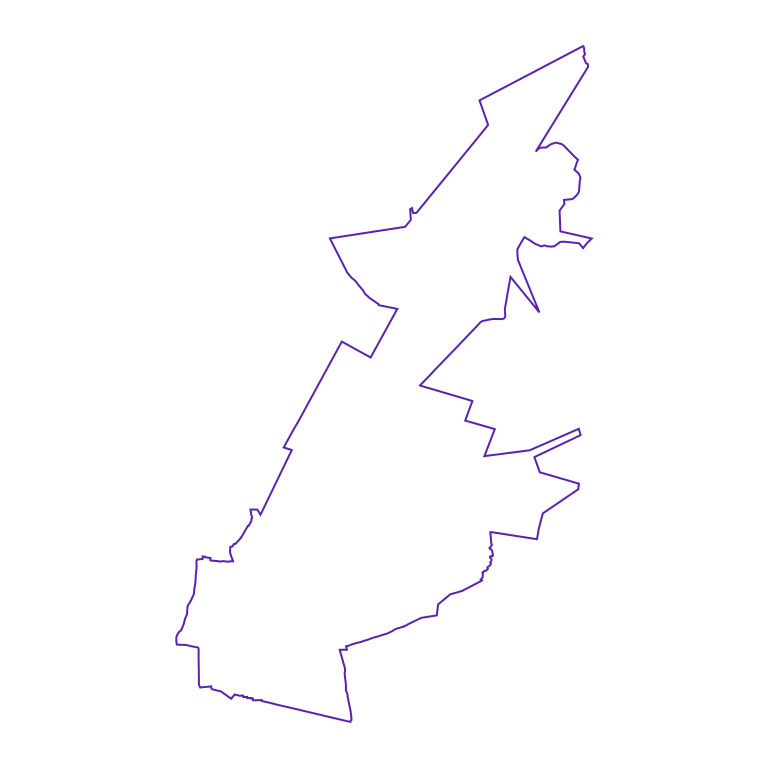 Soledad de Graciano Sánchez, San Luis Potosí, Mexico
{"feature_id": "50627088B59351760341300", "entity_name": "Soledad de Graciano Sánchez", "entity_type": "district", "adm_level": 2, "iso_a3": "MEX", "parent_name": "Mexico", "parent_adm1": "San Luis Potosí", "projection": "mercator", "projection_center": [-100.889, 22.295], "detail": "fine", "context": "isolated", "style": "outline", "palette": "violet", "viewbox_px": 768, "rotation_deg": 0, "n_neighbors": 0, "source": "geoboundaries", "source_scale": "gbopen_adm2", "svg_char_len": 6091}
<svg xmlns="http://www.w3.org/2000/svg" viewBox="0 0 768 768"><path d="M583.0,46.1L479.5,100.4L488.1,124.9L482.2,132.3L416.5,212.8L413.2,213.1L411.9,208.0L410.2,209.1L410.8,219.9L405.1,226.8L329.9,238.4L347.2,272.5L351.2,277.4L352.7,278.7L353.3,279.1L355.3,280.9L355.8,281.5L357.9,284.1L358.8,285.5L360.6,287.4L361.4,288.5L362.8,290.0L365.1,293.9L367.7,296.2L368.1,296.7L368.7,297.2L370.1,298.4L371.2,299.1L378.4,304.1L378.6,304.8L378.9,305.2L397.3,308.9L370.6,357.5L341.8,341.6L298.5,421.1L293.3,430.0L283.7,447.5L291.8,450.0L261.0,513.7L260.4,514.7L259.7,513.3L257.3,509.6L250.5,509.5L251.0,512.9L251.4,515.3L252.0,517.0L252.2,518.1L251.5,518.9L251.4,519.7L251.3,521.0L249.4,524.5L248.5,526.0L247.7,526.0L246.7,527.9L245.0,530.8L243.1,534.2L243.1,534.3L241.7,536.6L240.7,537.8L240.9,538.0L235.4,543.9L233.9,544.0L232.4,546.5L230.3,546.8L230.0,551.8L230.6,554.7L230.9,555.5L233.2,561.4L233.1,561.5L232.1,561.4L231.3,561.3L230.8,561.2L227.7,561.8L227.3,561.6L223.3,561.1L221.2,561.4L218.8,561.5L218.5,561.2L210.7,560.5L210.3,560.2L210.5,558.0L207.9,557.7L206.4,557.4L205.2,557.3L205.2,556.7L202.6,556.5L202.7,557.7L202.7,558.9L199.2,559.3L198.1,559.5L197.1,559.7L196.9,559.6L196.4,561.3L196.4,563.0L196.5,564.1L196.5,564.5L196.6,566.2L196.5,567.5L196.6,568.4L196.4,569.2L196.3,570.0L195.8,575.0L195.6,578.6L195.6,579.0L195.3,583.2L194.9,585.7L194.5,587.7L194.3,589.6L194.1,590.2L194.1,590.9L194.0,592.9L194.0,593.4L193.9,593.7L193.7,594.3L193.0,596.0L192.4,597.2L191.7,598.9L190.8,600.7L189.9,602.3L188.7,604.2L187.8,605.8L187.5,606.5L187.5,607.6L187.1,611.2L187.1,611.7L187.1,612.9L187.1,613.2L187.1,613.6L187.0,614.1L185.6,617.5L185.0,618.7L184.7,620.2L184.5,621.1L184.1,622.5L183.9,623.3L183.7,624.1L183.4,624.9L183.4,625.0L183.1,625.6L182.6,626.9L182.0,628.1L182.0,628.3L181.6,629.0L181.3,630.1L180.1,631.1L179.5,631.6L178.8,632.3L178.1,633.3L177.5,634.3L177.3,634.7L176.7,636.3L176.3,637.6L176.3,640.8L176.6,642.9L176.8,644.5L178.1,644.6L179.5,644.7L180.0,644.8L180.5,644.9L181.8,644.8L185.2,644.9L186.8,645.1L187.8,645.4L189.6,645.8L191.7,646.3L192.9,646.5L196.9,647.3L197.3,647.3L197.5,647.3L198.0,647.6L198.3,647.9L198.5,648.2L198.6,648.4L198.6,651.7L198.6,654.3L198.6,659.0L198.7,662.9L198.7,665.8L198.7,667.3L198.8,668.2L198.8,671.0L198.9,678.9L198.9,679.9L198.9,684.9L199.4,685.8L199.7,686.4L199.9,686.8L200.2,687.5L201.1,687.4L211.2,686.4L211.3,688.1L211.4,688.3L211.6,688.7L212.0,689.1L212.3,689.3L213.1,689.5L217.2,690.5L221.1,691.5L223.4,693.1L223.6,693.3L224.8,694.2L226.0,695.0L226.7,695.5L227.5,696.1L228.1,696.5L228.8,697.0L231.3,698.7L232.2,697.4L233.1,696.4L233.5,696.0L234.5,694.5L238.3,695.4L239.3,695.7L243.2,695.6L243.3,697.1L247.2,696.9L247.2,698.1L251.2,698.0L251.2,698.6L252.9,698.6L253.0,700.3L254.7,700.3L256.5,700.2L260.0,700.1L261.7,700.0L261.8,701.0L263.2,701.3L265.1,701.8L266.3,702.0L268.0,702.4L270.5,703.0L272.1,703.4L274.0,703.9L276.8,704.6L277.1,704.7L279.7,705.3L286.2,706.8L287.0,707.0L288.2,707.3L288.7,707.4L289.5,707.5L291.8,708.1L292.8,708.3L293.3,708.4L294.1,708.6L294.9,708.8L295.0,708.8L299.7,709.9L300.3,710.1L301.7,710.4L304.1,711.0L308.0,711.9L313.0,713.1L314.9,713.5L316.6,714.0L320.0,714.7L321.5,715.1L326.5,716.3L341.8,719.9L350.4,721.9L350.4,721.2L350.8,720.5L351.4,720.1L351.4,717.7L350.6,711.2L347.6,696.5L347.5,694.2L346.0,690.6L345.9,689.6L345.9,686.8L345.8,683.6L345.7,682.7L345.6,681.3L345.5,681.1L345.3,680.2L344.9,675.9L344.7,674.1L344.6,673.2L344.9,671.6L345.1,670.0L345.1,669.9L345.0,668.9L344.5,666.6L343.8,664.3L341.9,657.6L340.0,651.0L339.8,649.8L346.9,649.7L346.1,646.3L346.3,646.3L348.9,645.6L351.8,644.4L357.3,642.8L360.0,642.2L362.7,641.3L364.1,640.8L365.6,640.4L368.1,639.6L369.6,639.1L371.4,638.3L373.0,637.8L374.0,637.5L375.1,637.2L378.7,636.2L381.4,635.2L382.7,634.9L384.7,634.3L386.5,633.8L388.6,632.9L390.3,632.0L392.0,631.3L394.0,630.0L395.6,629.0L397.7,628.3L403.6,626.7L403.5,626.4L406.4,625.3L407.8,624.4L413.0,621.8L421.4,617.8L434.1,615.8L436.8,615.4L438.1,604.4L450.3,594.3L456.4,592.6L462.1,590.9L481.9,580.6L482.1,580.4L481.8,580.1L480.8,579.5L482.6,577.4L482.7,576.2L482.8,575.6L482.8,574.4L482.7,573.6L482.4,572.8L482.5,572.4L483.4,572.1L483.8,571.8L483.9,571.4L484.1,571.1L485.0,570.9L486.2,570.5L487.3,569.7L487.9,568.8L487.4,568.1L487.4,567.4L488.0,566.8L489.1,566.2L490.0,565.4L490.6,564.5L491.0,563.6L490.6,562.9L490.2,562.6L490.3,562.0L491.0,561.3L491.5,560.4L491.6,559.5L491.3,559.0L491.1,558.6L490.6,558.1L490.2,557.9L489.9,557.6L490.0,557.2L490.2,556.4L490.7,556.2L491.3,556.0L492.0,556.3L492.5,556.2L492.8,555.8L492.8,555.1L492.9,554.5L492.8,553.6L492.3,552.5L492.4,551.6L492.0,550.5L491.0,549.3L489.9,549.0L489.5,547.8L490.0,547.4L490.6,547.0L491.0,546.2L491.5,545.4L491.9,544.9L491.3,543.5L490.3,532.2L492.0,532.2L537.0,539.2L538.8,528.6L542.8,513.4L578.2,489.3L578.9,483.7L539.8,472.3L534.4,457.1L580.6,435.1L578.8,428.8L529.6,450.3L484.4,456.1L494.8,429.1L465.2,420.6L472.4,401.0L420.8,385.8L420.0,385.4L430.8,374.3L435.1,369.6L444.3,360.1L453.6,350.5L480.3,322.5L481.1,321.8L482.2,321.1L488.7,319.7L491.5,319.2L493.7,319.0L500.5,319.1L502.6,319.0L503.9,318.5L504.8,317.5L505.2,316.4L505.3,315.0L505.1,313.1L504.9,311.6L504.9,309.4L504.9,308.6L506.2,301.5L507.5,293.6L508.9,285.8L510.5,276.9L539.4,312.4L518.0,260.1L517.4,254.3L517.4,249.2L520.4,243.8L524.4,237.1L530.3,240.6L534.7,243.6L539.1,245.5L541.3,246.4L543.5,245.6L543.8,245.6L545.1,245.5L547.1,246.3L551.4,246.6L554.4,246.2L557.6,243.9L558.8,243.1L559.9,242.0L560.1,241.9L563.6,241.7L570.0,242.3L574.9,242.8L579.1,243.3L582.3,247.1L583.1,248.1L587.0,243.1L591.7,238.5L560.4,231.4L559.7,213.9L559.6,210.6L564.4,204.0L564.0,199.9L570.2,199.3L570.7,199.3L572.8,198.8L574.6,197.2L577.4,194.4L579.0,191.7L579.7,182.4L580.0,179.5L580.5,178.2L579.5,175.2L578.8,173.6L574.4,169.8L575.5,166.7L576.8,162.6L578.0,159.9L573.0,155.1L563.7,145.5L562.5,144.6L561.5,144.0L556.0,142.6L553.1,143.5L551.0,144.2L546.0,147.5L545.1,147.5L540.1,147.7L537.7,149.4L535.7,151.7L588.0,67.0L587.9,64.2L586.0,63.2L583.9,58.1L583.3,56.6L585.0,54.1L584.9,53.4L584.2,51.8L584.2,49.2L583.5,46.3L583.0,46.1Z" fill="none" stroke="#5b21b6" stroke-width="2"/></svg>